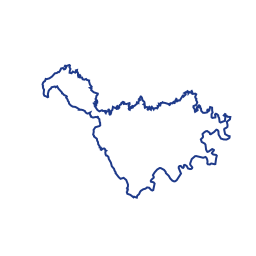 the district of Tsuili-Tsuili, Leribe, Lesotho, rotated 205°
{"feature_id": "5366337B67330505907526", "entity_name": "Tsuili-Tsuili", "entity_type": "district", "adm_level": 2, "iso_a3": "LSO", "parent_name": "Lesotho", "parent_adm1": "Leribe", "projection": "albers", "projection_center": [27.748, -29.04], "detail": "fine", "context": "isolated", "style": "outline", "palette": "blue", "viewbox_px": 256, "rotation_deg": 205, "n_neighbors": 0, "source": "geoboundaries", "source_scale": "gbopen_adm2", "svg_char_len": 5894}
<svg xmlns="http://www.w3.org/2000/svg" viewBox="0 0 256 256"><g transform="rotate(205 128 128)"><path d="M81.4,187.6L84.1,186.1L84.8,186.5L84.8,187.5L85.9,188.5L86.1,188.2L85.7,186.9L86.4,186.5L87.6,186.5L87.9,184.9L88.8,186.4L89.7,186.5L89.8,185.4L90.8,184.9L91.7,183.5L90.3,183.4L89.9,182.7L90.9,180.1L91.7,180.8L92.0,180.6L92.7,174.8L93.9,174.4L94.5,173.1L95.0,172.8L96.1,174.7L96.6,174.8L96.7,172.3L96.3,170.3L96.6,170.1L97.8,170.7L98.3,169.0L99.6,168.7L100.4,167.7L99.8,167.0L100.1,166.4L101.8,166.8L105.3,166.3L106.7,165.8L107.5,166.0L107.9,165.0L108.8,164.5L108.4,162.6L109.9,163.2L110.3,163.1L109.2,161.6L109.6,160.7L110.4,160.5L109.6,159.4L109.8,158.1L111.0,158.1L111.7,157.3L112.6,156.9L112.6,155.7L115.4,157.3L115.6,156.6L114.9,156.0L115.3,155.1L115.0,154.2L115.8,154.3L116.7,155.9L117.6,156.2L117.7,155.6L116.5,154.8L117.5,154.1L117.7,153.0L118.1,153.1L118.2,154.1L119.1,155.1L120.3,154.7L121.2,153.5L121.8,154.1L122.3,155.8L123.9,156.0L123.3,157.2L124.0,158.3L124.5,158.7L126.3,159.1L128.4,161.5L129.7,162.0L129.9,161.7L129.6,160.8L130.3,158.8L128.9,158.5L129.8,156.7L129.1,155.0L130.7,154.9L130.2,153.3L131.0,152.2L131.1,151.5L132.0,150.1L133.1,150.0L133.6,149.4L133.6,148.8L132.6,149.1L132.3,148.6L133.2,147.7L133.9,148.5L134.3,148.4L134.5,146.9L134.1,145.2L134.9,145.2L135.6,145.9L135.6,147.2L136.8,148.4L136.6,150.4L137.2,151.2L139.7,148.9L140.9,148.8L142.0,147.9L142.4,148.1L142.4,149.6L143.6,149.6L144.6,147.8L144.3,146.4L145.0,145.6L145.3,144.2L144.5,142.8L145.0,141.4L145.9,140.8L146.3,142.3L147.0,143.2L147.3,142.8L147.1,141.6L147.4,140.7L150.6,140.8L149.8,137.9L150.3,136.4L149.7,134.6L149.6,133.0L150.1,132.5L150.7,132.8L152.4,136.2L153.2,136.6L153.5,136.3L153.1,135.6L153.1,134.6L154.5,134.1L154.4,132.1L155.2,132.5L155.7,133.9L158.1,132.8L159.1,133.1L161.0,131.0L163.3,131.4L167.3,133.8L166.3,134.9L166.5,135.6L167.0,135.8L168.5,135.4L169.0,135.7L167.3,136.5L166.6,137.8L167.6,138.5L168.8,138.1L168.6,138.7L167.3,139.3L167.7,139.8L169.7,140.6L169.6,141.8L170.2,143.7L169.6,145.5L169.9,146.4L174.1,145.9L177.4,146.8L177.7,148.2L179.3,148.4L178.3,149.4L178.3,150.0L180.8,151.2L183.1,153.9L183.3,154.6L185.5,154.2L186.7,154.7L187.9,153.4L189.7,153.0L190.9,154.3L192.8,153.6L193.3,155.3L194.1,155.7L194.3,155.3L194.1,153.8L194.5,153.3L195.5,154.4L196.5,156.6L198.4,158.0L198.7,159.0L199.6,158.2L198.7,156.8L199.1,155.9L201.9,155.8L202.3,153.8L204.3,153.4L205.0,155.5L205.1,157.2L206.7,158.3L207.0,160.1L207.8,160.3L209.8,158.3L211.3,157.9L211.4,157.2L209.7,156.6L209.8,155.0L210.7,154.1L212.2,154.9L213.8,153.7L213.8,151.1L214.2,149.4L215.0,149.2L215.7,147.8L217.4,146.6L218.6,142.5L220.3,139.7L222.4,137.9L223.3,137.7L223.1,135.3L223.8,134.5L224.1,132.8L223.8,131.2L222.7,130.2L222.6,129.4L221.5,128.0L220.3,127.3L218.9,123.3L217.6,122.0L216.7,121.9L215.9,122.1L213.9,121.9L213.5,122.4L215.0,125.0L215.6,128.1L215.3,129.9L214.5,131.2L214.5,132.6L211.8,134.7L210.8,134.3L209.8,135.8L207.7,134.3L202.9,132.3L202.4,131.5L201.6,131.6L200.0,130.9L197.2,130.9L196.7,130.6L196.9,129.4L194.8,128.3L194.0,127.2L192.8,126.7L191.7,125.2L189.4,124.3L187.2,124.0L184.8,124.8L183.3,124.8L180.2,124.4L180.2,123.8L179.1,124.2L178.6,124.7L176.3,125.2L174.1,125.1L173.0,124.2L171.0,123.9L170.4,124.2L168.8,126.1L168.8,125.0L167.6,123.7L166.9,123.5L166.5,122.6L165.4,122.6L164.1,122.7L161.8,124.4L160.9,124.6L160.4,125.3L159.9,125.3L159.6,124.6L157.7,123.9L156.4,121.7L155.6,121.1L154.3,118.7L154.7,117.7L157.9,114.9L158.4,111.8L157.4,110.0L156.8,107.3L155.5,106.6L155.2,105.9L151.7,105.1L150.5,103.4L149.3,102.6L148.1,100.7L145.9,99.4L145.5,98.4L144.3,98.7L143.6,96.9L142.9,96.9L142.1,98.6L140.8,99.4L139.7,99.0L139.2,98.3L138.2,98.2L138.6,97.6L138.2,96.2L137.1,94.5L136.1,93.8L135.1,94.1L133.4,93.4L132.4,91.9L128.9,89.4L126.5,86.5L123.4,85.1L122.2,83.7L120.4,82.6L120.3,81.9L115.6,79.5L113.3,78.8L110.9,81.0L107.6,80.1L104.1,76.7L103.2,74.6L103.5,73.1L102.6,72.8L102.6,72.2L102.0,71.9L102.3,71.3L101.8,70.1L102.0,69.4L100.8,68.1L97.6,68.4L93.7,67.5L93.5,68.3L90.6,68.6L91.0,70.6L90.0,72.8L90.1,74.9L89.8,76.5L88.3,78.9L86.5,80.4L85.6,82.2L83.6,82.8L81.0,81.7L79.6,81.6L78.9,82.4L80.4,88.9L81.9,89.6L84.4,89.0L85.0,89.6L84.9,91.1L83.7,93.8L83.9,94.5L85.5,95.8L85.1,99.1L84.0,102.7L82.4,105.1L81.4,105.5L77.7,105.3L75.4,104.2L74.6,103.1L70.9,101.9L68.4,100.1L65.5,99.0L63.6,99.1L62.6,99.8L61.8,101.4L60.7,109.1L65.2,113.2L65.6,114.5L65.1,115.4L64.2,115.9L62.1,115.0L61.2,115.1L60.9,116.0L61.6,117.9L60.9,118.6L58.8,118.4L56.5,116.7L54.4,117.0L53.3,117.7L52.9,118.6L53.1,119.5L55.7,120.8L56.4,121.4L56.7,122.4L57.1,126.8L55.3,130.8L54.3,131.4L47.3,132.8L45.5,134.5L44.3,134.1L43.0,133.0L41.9,131.5L41.1,129.3L40.3,128.9L38.4,129.5L37.6,131.0L34.1,131.8L33.6,132.2L35.3,137.7L35.8,140.4L36.8,140.8L39.6,140.0L41.3,140.5L41.4,141.1L40.7,143.9L41.0,144.5L42.8,144.5L44.9,140.9L45.7,140.0L46.3,140.0L48.1,141.4L50.7,145.6L51.9,146.3L55.3,146.5L57.2,148.5L56.2,151.1L56.5,152.2L57.9,154.0L57.3,155.8L56.2,157.8L55.0,158.7L52.0,158.2L51.1,157.2L50.4,157.3L48.3,160.7L47.2,163.8L46.1,164.0L44.7,163.3L43.1,160.3L39.3,157.7L36.3,158.1L33.8,159.2L32.3,161.1L31.9,162.1L32.4,163.5L34.1,163.2L37.4,163.5L40.2,167.2L40.3,168.1L39.0,169.7L38.4,171.0L39.0,172.7L41.1,175.4L39.3,178.9L39.9,181.2L42.7,180.2L43.7,180.8L44.7,180.5L45.5,181.7L46.0,181.7L46.5,179.9L44.6,179.6L43.2,175.5L46.4,172.1L47.6,172.3L49.6,175.5L51.1,176.6L51.6,177.6L53.7,178.2L54.6,177.9L54.8,176.9L53.6,175.5L53.3,174.5L55.8,172.8L56.8,173.1L58.1,175.8L57.9,177.9L59.0,179.2L60.4,182.0L62.4,181.7L61.8,178.4L63.3,178.5L63.7,178.2L63.6,177.3L62.5,176.7L62.9,175.6L64.8,174.2L66.4,173.5L68.9,174.5L70.0,176.4L71.3,177.2L71.8,178.2L73.2,178.6L73.4,178.0L72.6,177.3L72.5,176.7L74.1,176.6L74.3,175.9L73.8,174.1L73.0,174.3L72.4,173.5L74.0,171.0L74.6,171.6L75.1,172.9L77.4,174.3L77.9,175.5L75.9,177.8L76.1,180.6L78.2,182.2L78.3,183.3L79.4,183.7L80.3,184.6L80.4,187.4L81.4,187.6Z" fill="none" stroke="#1e3a8a" stroke-width="2"/></g></svg>